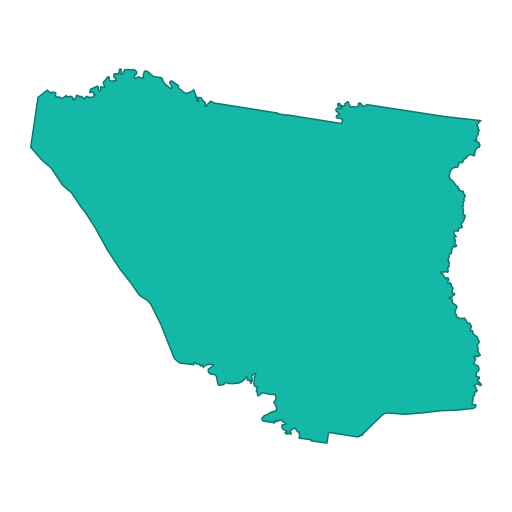 Hume, Victoria, Australia (Natural Earth projection)
{"feature_id": "25037944B10619545343998", "entity_name": "Hume", "entity_type": "district", "adm_level": 2, "iso_a3": "AUS", "parent_name": "Australia", "parent_adm1": "Victoria", "projection": "natural_earth1", "projection_center": [144.895, -37.597], "detail": "fine", "context": "isolated", "style": "filled", "palette": "teal", "viewbox_px": 512, "rotation_deg": 0, "n_neighbors": 0, "source": "geoboundaries", "source_scale": "gbopen_adm2", "svg_char_len": 5971}
<svg xmlns="http://www.w3.org/2000/svg" viewBox="0 0 512 512"><path d="M361.9,435.5L364.3,432.5L381.6,415.6L384.8,413.3L388.8,413.0L404.6,414.3L422.4,412.9L440.9,410.7L457.0,410.2L473.8,408.3L475.1,407.3L475.9,406.0L475.5,404.6L473.5,404.8L472.3,404.2L472.0,403.4L472.9,401.2L473.0,397.1L474.8,394.6L474.5,392.1L475.6,391.6L476.2,391.8L477.1,390.7L476.2,390.5L476.4,388.5L474.2,385.6L476.8,384.0L479.0,383.9L479.2,385.2L479.9,385.5L481.1,385.2L481.3,384.6L479.7,382.5L477.5,380.5L477.5,380.0L479.3,378.6L479.3,377.1L476.3,376.6L476.5,372.4L478.8,370.5L478.9,368.8L478.5,366.7L477.9,365.9L474.2,364.0L473.9,362.8L474.3,361.6L475.7,359.3L475.1,358.0L474.2,357.7L474.0,356.9L475.3,356.1L477.8,356.7L480.2,355.1L477.4,350.7L478.4,349.1L477.1,345.6L479.3,341.9L476.9,336.7L473.2,334.1L472.5,330.8L470.2,330.6L471.4,326.4L469.7,323.2L467.1,322.7L465.6,319.5L464.6,318.2L460.0,318.5L456.2,316.5L456.3,314.8L454.7,312.4L456.8,307.0L456.4,305.6L452.4,302.9L452.2,299.2L448.7,298.3L449.8,297.3L451.7,297.2L452.7,295.7L454.6,294.5L454.3,293.4L452.9,293.6L452.1,291.8L452.1,290.3L453.0,289.0L452.8,287.9L452.4,287.1L451.1,286.5L451.3,284.6L450.2,282.8L448.5,283.4L447.5,282.0L448.7,280.2L448.2,278.0L447.0,277.7L445.7,278.9L442.8,274.1L440.9,273.4L440.4,272.7L440.9,271.9L444.5,272.1L446.1,271.5L447.6,272.2L448.1,271.7L447.7,267.4L449.1,266.6L448.7,265.1L449.5,262.7L447.9,260.1L448.5,259.8L448.3,258.5L449.1,256.9L449.0,254.8L451.3,253.2L451.7,252.0L451.4,249.8L452.4,248.8L452.7,246.4L453.8,246.3L454.7,247.0L456.5,246.2L456.2,245.1L454.6,242.9L455.4,241.1L455.1,239.5L454.1,237.5L454.4,236.9L456.1,236.5L454.0,233.8L453.6,232.2L454.9,230.7L458.1,231.1L458.5,228.7L462.3,227.1L461.2,224.2L463.9,220.3L464.3,218.4L465.0,217.7L465.0,215.2L463.0,214.6L463.5,209.9L462.3,207.3L463.4,206.2L462.9,204.6L464.2,200.2L463.8,198.7L465.3,196.1L463.3,192.6L463.2,191.4L459.1,190.3L459.2,188.8L458.0,188.7L458.1,186.9L456.5,186.0L452.1,180.3L450.1,179.2L449.1,175.8L450.0,173.2L450.0,171.4L450.9,170.7L451.5,169.1L453.4,167.9L456.2,167.0L457.4,167.3L458.8,164.1L458.4,162.4L462.3,162.7L464.2,159.0L465.8,158.4L466.8,156.9L469.5,154.7L470.9,154.5L473.9,155.8L474.5,155.6L474.6,153.7L474.1,153.3L475.1,152.2L475.7,149.6L477.3,147.7L479.3,147.2L480.0,145.2L479.0,144.4L479.2,143.1L478.9,142.6L474.8,140.3L476.7,139.7L476.3,137.5L478.6,133.3L477.9,131.6L479.3,130.5L478.3,129.7L478.4,127.6L477.2,126.0L477.5,125.0L476.9,124.3L479.0,122.7L478.8,121.1L480.3,121.3L480.6,120.6L445.0,116.6L366.8,104.6L365.2,106.1L362.3,106.0L361.4,104.1L359.8,102.9L358.2,103.9L358.9,105.4L357.9,106.4L355.9,107.0L352.0,106.7L350.7,107.1L349.3,105.0L348.4,102.3L347.8,101.7L345.0,103.7L345.1,105.2L344.4,105.8L342.2,106.0L340.4,104.8L339.6,103.5L337.8,103.7L337.6,104.6L338.3,106.0L341.7,106.8L342.0,107.6L341.1,107.6L340.3,109.0L337.8,107.7L335.9,109.4L335.9,110.3L336.6,111.5L337.5,111.6L337.9,112.6L339.4,113.8L336.5,116.0L336.3,117.0L336.6,117.5L337.6,118.2L340.7,118.5L342.8,120.0L341.3,123.5L287.1,114.9L287.0,115.3L277.2,113.6L277.2,113.0L214.3,103.0L210.7,101.2L206.4,105.5L206.2,106.4L204.9,105.7L205.3,102.6L203.4,101.1L200.8,97.6L197.7,97.5L198.5,101.1L196.9,100.9L196.2,96.6L193.9,89.9L191.2,91.7L186.6,93.4L183.5,92.3L181.3,90.0L179.2,88.9L178.7,88.4L178.2,85.5L171.7,80.9L169.8,81.6L169.8,82.8L171.7,86.2L171.8,87.2L171.5,88.2L170.4,88.3L165.6,84.6L163.3,81.7L162.4,79.0L161.3,77.7L153.0,76.4L152.2,75.3L150.4,74.4L149.2,72.6L147.1,71.3L145.4,70.9L144.3,71.8L143.3,74.9L143.4,77.8L140.9,78.0L138.5,76.8L135.4,78.3L134.5,77.9L134.3,76.2L136.4,73.9L136.8,72.8L136.3,71.4L135.3,70.4L133.4,69.7L124.9,69.6L123.2,72.3L123.0,73.7L121.4,74.4L120.9,73.6L121.2,70.2L120.8,69.0L120.3,68.9L119.6,69.3L118.7,73.7L113.9,74.0L113.9,76.4L114.7,78.0L116.0,79.2L115.9,80.7L111.5,81.1L109.7,80.7L108.9,79.7L109.3,78.0L109.1,77.2L108.0,76.7L103.2,82.6L104.9,87.4L104.3,87.7L101.5,86.7L100.7,86.9L100.4,87.5L100.9,89.7L100.2,90.8L99.3,91.1L98.8,90.9L98.1,86.7L97.5,86.1L90.6,89.2L89.9,91.5L90.0,92.6L92.6,92.1L93.8,93.1L93.9,94.5L95.0,94.8L93.4,96.7L92.1,97.3L88.8,97.3L86.4,96.3L84.6,99.0L81.5,96.4L79.2,96.6L78.3,95.6L76.9,95.4L76.4,95.7L76.0,97.8L74.7,98.8L74.0,100.1L73.4,99.7L72.6,97.4L71.1,96.3L67.4,96.9L66.3,95.6L62.1,98.4L60.5,98.1L59.3,96.9L57.3,97.5L56.7,96.7L55.7,96.4L55.5,94.9L55.8,93.1L55.3,92.6L52.4,92.0L51.1,93.2L47.1,90.2L38.0,97.5L30.7,147.2L42.3,160.5L51.1,167.9L62.4,185.0L71.7,193.0L80.5,206.3L85.2,212.2L95.1,227.5L107.6,250.3L120.2,269.4L131.4,283.7L138.8,294.4L141.2,296.6L147.4,300.4L150.8,304.1L161.1,324.9L173.7,356.9L175.1,359.2L179.7,363.0L193.8,364.7L194.0,362.7L195.4,362.7L196.7,364.1L198.1,363.9L199.3,364.4L200.6,365.9L201.9,365.1L203.4,367.4L204.5,365.8L207.4,364.5L213.0,364.5L213.4,365.0L213.0,365.9L208.2,369.3L208.3,371.6L209.0,373.0L210.3,373.9L214.7,374.6L215.9,375.4L216.7,377.7L217.9,384.1L218.7,385.1L219.4,385.3L223.5,384.6L225.8,382.4L226.7,382.4L227.7,383.4L232.5,383.7L238.9,383.0L241.4,381.9L243.9,380.0L246.6,376.9L247.6,378.0L247.2,380.0L249.1,380.7L250.4,380.4L251.0,381.0L250.5,381.7L250.5,383.1L250.9,383.2L252.4,380.5L251.6,376.5L254.1,373.6L255.6,373.5L255.7,374.4L254.2,377.8L254.4,379.9L253.8,383.8L255.0,386.5L256.8,386.6L257.0,388.9L256.3,390.9L257.3,392.4L257.7,395.5L258.6,395.7L262.0,393.0L265.2,393.1L269.3,394.4L273.8,394.4L275.5,395.3L276.1,397.5L275.4,400.2L273.9,402.1L276.7,407.8L276.3,410.5L270.1,412.6L269.3,413.6L264.1,415.8L261.8,418.6L262.1,419.8L263.2,420.9L264.9,421.5L266.6,421.1L268.0,422.0L273.1,422.1L273.6,423.1L274.8,422.5L275.3,421.1L276.3,420.5L277.0,420.7L276.8,421.4L277.2,421.5L279.1,420.3L281.6,420.1L282.7,421.7L284.2,422.2L286.2,424.2L282.1,424.9L281.9,427.1L282.4,428.5L284.0,429.9L286.2,430.4L287.0,432.2L285.6,432.0L285.1,433.1L287.0,434.1L289.9,433.5L291.0,434.1L290.9,432.5L289.7,432.0L291.5,429.7L293.9,428.3L295.1,428.2L297.7,431.9L299.2,432.0L299.5,436.6L299.1,438.1L311.4,439.8L311.3,440.9L326.9,443.1L328.6,432.4L357.5,436.9L359.2,436.5L361.3,434.5L361.9,435.5Z" fill="#14b8a6" stroke="#0f766e" stroke-width="1.5"/></svg>